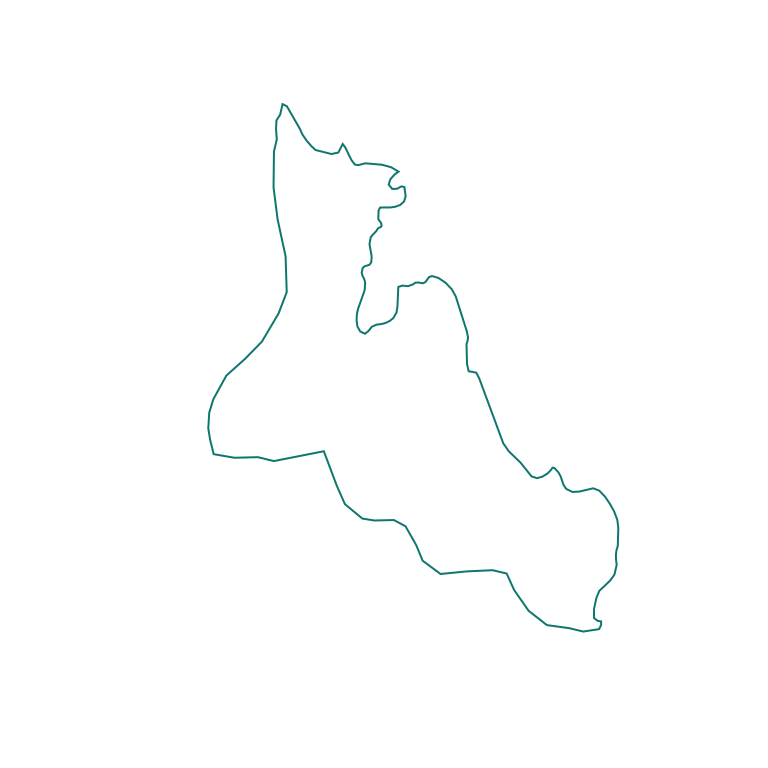 outline of Mandiana, rotated 343°
{"feature_id": "GIN-5654", "entity_name": "Mandiana", "entity_type": "Prefecture", "adm_level": 1, "iso_a3": "GIN", "parent_name": "Guinea", "parent_adm1": "", "projection": "equal_earth", "projection_center": [-8.495, 10.8], "detail": "fine", "context": "isolated", "style": "outline", "palette": "teal", "viewbox_px": 768, "rotation_deg": 343, "n_neighbors": 0, "source": "natural_earth", "source_scale": "10m", "svg_char_len": 2203}
<svg xmlns="http://www.w3.org/2000/svg" viewBox="0 0 768 768"><g transform="rotate(343 384 384)"><path d="M560.3,607.0L557.7,611.0L555.8,615.3L554.5,620.0L553.6,625.1L548.6,633.7L542.6,638.2L529.4,644.8L524.5,650.8L519.2,660.3L516.4,669.1L519.0,672.9L522.2,674.5L521.2,677.9L518.0,681.3L502.2,679.0L489.6,671.6L469.3,662.2L456.0,643.2L448.2,619.0L445.9,601.1L433.4,593.8L408.3,587.4L382.5,582.2L369.3,564.3L367.7,547.5L363.0,526.4L353.7,517.0L334.9,511.7L324.0,506.4L311.5,487.5L309.1,467.5L306.8,430.7L256.1,425.5L242.0,417.1L219.4,410.8L200.6,401.3L201.4,386.6L203.0,375.0L208.5,360.3L216.3,348.7L235.8,329.8L258.5,319.3L279.6,307.8L303.8,285.7L317.8,267.8L327.2,233.2L330.4,195.4L335.8,163.9L346.7,129.6L353.0,118.7L355.2,109.0L358.2,100.5L363.5,96.0L368.8,86.7L372.3,90.0L378.1,115.2L378.9,121.4L381.1,128.5L384.0,135.1L386.9,140.2L401.0,148.7L408.0,149.3L414.7,142.4L416.2,146.7L417.3,154.2L418.4,160.6L420.4,165.7L423.5,167.2L430.7,167.5L446.3,173.8L454.2,178.8L460.0,185.2L455.3,186.8L449.9,190.1L446.8,194.7L448.9,199.9L453.7,201.1L458.4,200.1L461.1,201.6L459.6,210.7L456.6,215.3L451.8,217.5L446.6,217.8L442.0,217.1L431.9,214.1L429.5,216.6L426.8,224.4L427.0,225.7L427.8,227.5L428.3,229.6L427.9,232.1L427.0,232.9L424.4,233.2L423.5,233.6L421.3,235.5L416.0,238.5L414.1,240.0L411.0,246.1L409.5,258.5L407.3,264.0L405.0,265.7L399.7,265.8L397.6,266.8L395.2,271.0L395.1,274.5L395.8,277.8L395.6,281.8L392.8,288.8L380.9,304.9L378.5,309.3L376.4,315.1L375.4,321.3L376.6,326.8L380.6,330.4L384.6,328.8L389.1,325.7L394.3,325.0L398.6,325.9L403.3,326.1L407.9,325.4L412.1,323.7L416.8,319.4L419.4,314.1L426.1,295.3L430.4,295.3L435.6,297.5L440.9,297.2L443.6,296.3L446.0,296.8L450.8,299.1L453.4,298.6L458.4,294.9L461.5,294.8L467.2,298.6L472.6,305.4L476.6,313.4L478.2,321.3L478.6,357.5L478.0,364.0L476.5,367.2L474.6,369.9L469.2,389.3L468.7,396.5L475.5,400.1L476.7,406.3L480.7,475.6L483.6,484.7L491.6,499.2L498.1,515.5L502.8,518.8L508.4,518.9L514.4,517.3L518.4,515.1L520.7,513.3L522.4,514.1L525.0,519.6L525.9,523.9L526.2,533.1L527.6,537.6L532.6,542.3L539.4,544.0L553.5,544.9L558.6,548.8L562.4,556.2L565.1,565.1L566.8,573.1L567.4,582.1L566.0,590.2L560.3,607.0Z" fill="none" stroke="#0f766e" stroke-width="2"/></g></svg>